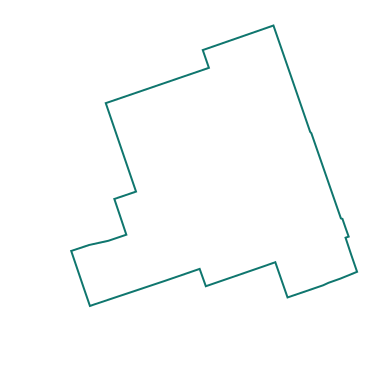 Lincoln, New Mexico, United States of America, rotated 341°
{"feature_id": "52423323B6872009723033", "entity_name": "Lincoln", "entity_type": "district", "adm_level": 2, "iso_a3": "USA", "parent_name": "United States of America", "parent_adm1": "New Mexico", "projection": "albers", "projection_center": [-105.442, 33.739], "detail": "fine", "context": "isolated", "style": "outline", "palette": "teal", "viewbox_px": 384, "rotation_deg": 341, "n_neighbors": 0, "source": "geoboundaries", "source_scale": "gbopen_adm2", "svg_char_len": 599}
<svg xmlns="http://www.w3.org/2000/svg" viewBox="0 0 384 384"><g transform="rotate(341 192 192)"><path d="M323.2,61.1L248.4,61.3L248.4,80.1L139.4,79.9L139.2,173.4L116.3,173.3L116.2,189.9L116.0,211.0L97.1,210.9L77.5,208.6L58.6,208.4L58.4,247.3L58.4,266.5L63.1,266.5L137.5,267.2L173.0,267.2L174.2,267.2L174.4,285.6L236.3,285.6L247.9,285.5L248.0,322.8L285.6,322.9L291.6,322.3L304.0,322.2L322.1,321.2L322.1,303.5L322.3,285.2L325.6,285.2L325.5,276.3L325.5,266.4L324.2,265.4L324.1,229.2L324.1,223.1L324.0,175.3L323.3,173.6L323.3,116.8L323.2,61.1Z" fill="none" stroke="#0f766e" stroke-width="2"/></g></svg>